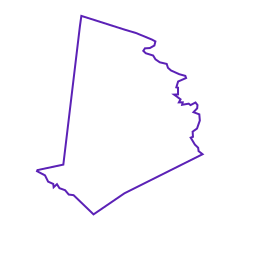 Polk, Texas, United States of America (Robinson projection), rotated 198°
{"feature_id": "52423323B71522839301040", "entity_name": "Polk", "entity_type": "district", "adm_level": 2, "iso_a3": "USA", "parent_name": "United States of America", "parent_adm1": "Texas", "projection": "robinson", "projection_center": [-94.922, 30.818], "detail": "fine", "context": "isolated", "style": "outline", "palette": "violet", "viewbox_px": 256, "rotation_deg": 198, "n_neighbors": 0, "source": "geoboundaries", "source_scale": "gbopen_adm2", "svg_char_len": 843}
<svg xmlns="http://www.w3.org/2000/svg" viewBox="0 0 256 256"><g transform="rotate(198 128 128)"><path d="M49.0,126.1L53.7,127.8L55.2,130.9L59.3,132.9L65.4,138.2L63.5,139.7L65.4,144.5L62.2,148.8L62.0,157.3L64.4,163.0L70.6,163.3L68.3,168.1L69.0,171.3L71.7,173.1L75.6,169.1L77.8,169.9L83.7,166.8L83.9,169.3L87.5,168.1L86.9,171.5L94.5,174.0L90.8,175.4L92.9,181.8L94.6,181.6L94.7,187.7L88.2,193.5L89.6,195.3L95.9,195.0L104.9,196.0L108.6,197.6L111.0,200.9L118.1,200.3L123.1,201.8L126.5,204.7L134.2,204.6L137.3,206.1L136.5,209.0L131.9,210.8L128.4,214.6L128.7,218.8L132.6,219.5L149.9,220.8L160.5,220.5L207.0,220.2L205.2,210.0L178.2,73.2L201.1,60.0L201.2,58.8L192.3,57.3L187.4,52.3L181.8,51.7L180.4,48.7L178.2,52.6L174.6,49.6L168.6,49.4L163.8,46.4L159.0,47.3L134.1,35.2L111.2,64.8L49.0,126.1Z" fill="none" stroke="#5b21b6" stroke-width="2"/></g></svg>